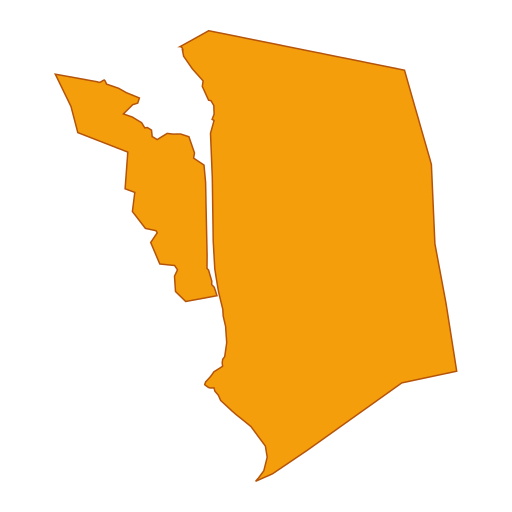 outline of Al-Ganayin, As Suways, Egypt
{"feature_id": "37247803B61862544009771", "entity_name": "Al-Ganayin", "entity_type": "district", "adm_level": 2, "iso_a3": "EGY", "parent_name": "Egypt", "parent_adm1": "As Suways", "projection": "orthographic", "projection_center": [32.548, 30.059], "detail": "fine", "context": "isolated", "style": "filled", "palette": "amber", "viewbox_px": 512, "rotation_deg": 0, "n_neighbors": 0, "source": "geoboundaries", "source_scale": "gbopen_adm2", "svg_char_len": 2137}
<svg xmlns="http://www.w3.org/2000/svg" viewBox="0 0 512 512"><path d="M418.9,120.8L418.9,120.6L414.6,105.8L404.5,70.2L208.6,30.7L208.2,31.0L180.1,46.6L180.3,46.6L180.9,46.9L181.2,47.0L181.4,47.1L181.5,47.2L181.9,47.4L182.3,48.2L182.8,49.2L182.8,50.6L182.5,50.4L183.6,56.2L192.3,68.8L203.1,80.9L202.3,86.4L205.4,93.2L206.7,96.1L208.6,100.2L211.0,100.7L212.1,102.6L213.8,105.5L214.1,114.2L212.1,119.4L214.0,120.4L213.8,121.4L210.5,133.3L211.1,148.1L212.2,175.2L212.3,177.4L212.5,191.6L213.0,225.2L213.2,241.1L213.6,248.0L214.8,269.0L215.9,276.0L218.3,290.6L218.9,293.4L222.8,309.3L223.2,316.1L225.6,326.4L226.0,332.5L226.7,342.6L226.3,345.6L224.7,356.6L222.7,359.3L222.2,362.7L222.6,366.3L213.9,371.8L211.9,374.7L210.3,376.8L208.7,378.6L206.3,381.2L205.7,381.8L204.7,384.4L204.9,384.9L208.5,387.5L210.5,388.0L214.0,387.9L214.9,391.2L218.4,395.3L220.6,400.4L232.1,411.1L236.5,414.9L243.3,420.3L251.0,426.6L258.8,437.2L265.4,446.1L267.2,457.2L263.8,470.8L258.7,477.7L255.6,481.3L272.5,473.8L307.8,449.9L401.8,382.9L456.7,371.2L446.1,303.8L437.2,256.1L435.0,244.3L434.9,243.8L431.4,164.6L430.1,159.8L418.9,120.8ZM217.0,295.7L215.9,292.4L215.9,292.2L214.2,287.2L211.7,284.6L211.8,281.2L209.2,272.3L208.6,270.1L207.0,268.4L207.1,256.6L207.1,255.1L206.0,204.1L205.9,197.2L205.6,182.4L204.0,165.1L196.9,160.3L195.8,159.6L193.6,158.1L194.5,153.0L188.9,136.7L188.2,136.5L180.6,134.0L178.3,134.0L173.1,134.1L167.2,133.4L161.8,136.7L157.2,139.6L152.5,136.7L152.2,136.6L151.5,130.1L147.3,127.5L144.8,127.9L141.6,122.7L134.2,118.2L132.5,117.1L127.6,115.4L124.8,114.4L123.4,113.9L131.7,105.7L132.7,104.7L137.7,103.1L139.4,98.0L126.2,92.6L123.3,90.9L120.2,89.2L118.7,88.3L106.5,84.1L106.1,83.0L105.1,80.9L104.2,80.0L103.3,80.4L102.9,80.6L102.4,80.9L101.8,81.3L101.1,81.8L99.7,82.3L99.1,82.3L98.6,82.3L98.4,82.3L98.3,82.2L98.2,82.2L97.9,82.1L97.7,81.9L97.4,81.8L57.6,74.6L55.3,74.2L56.0,75.6L71.0,106.5L77.8,132.6L127.8,152.1L125.1,188.8L134.8,192.4L132.4,211.5L145.4,228.4L156.0,230.7L157.2,232.8L150.7,242.5L159.8,264.0L174.6,265.5L177.5,269.8L174.5,276.2L175.5,291.5L185.7,301.5L217.0,295.7Z" fill="#f59e0b" stroke="#b45309" stroke-width="1.5"/></svg>